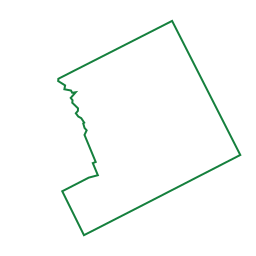 the district of Edwards, Texas, United States of America, rotated 153°
{"feature_id": "52423323B96652215547422", "entity_name": "Edwards", "entity_type": "district", "adm_level": 2, "iso_a3": "USA", "parent_name": "United States of America", "parent_adm1": "Texas", "projection": "natural_earth1", "projection_center": [-100.041, 29.957], "detail": "fine", "context": "isolated", "style": "outline", "palette": "green", "viewbox_px": 256, "rotation_deg": 153, "n_neighbors": 0, "source": "geoboundaries", "source_scale": "gbopen_adm2", "svg_char_len": 531}
<svg xmlns="http://www.w3.org/2000/svg" viewBox="0 0 256 256"><g transform="rotate(153 128 128)"><path d="M215.9,52.5L148.7,52.6L40.2,53.0L40.1,203.4L149.4,203.5L167.7,203.5L168.9,201.5L164.7,194.5L167.1,191.4L161.8,187.3L161.7,184.7L158.4,183.6L165.4,180.8L164.8,177.9L166.2,175.8L163.6,168.2L164.9,166.0L167.8,164.8L167.1,160.8L165.2,158.0L164.6,152.6L165.8,152.4L166.7,147.8L165.9,144.7L169.9,141.6L172.2,112.4L175.3,112.7L176.3,99.6L185.5,101.6L215.3,101.5L215.9,52.5Z" fill="none" stroke="#15803d" stroke-width="2"/></g></svg>